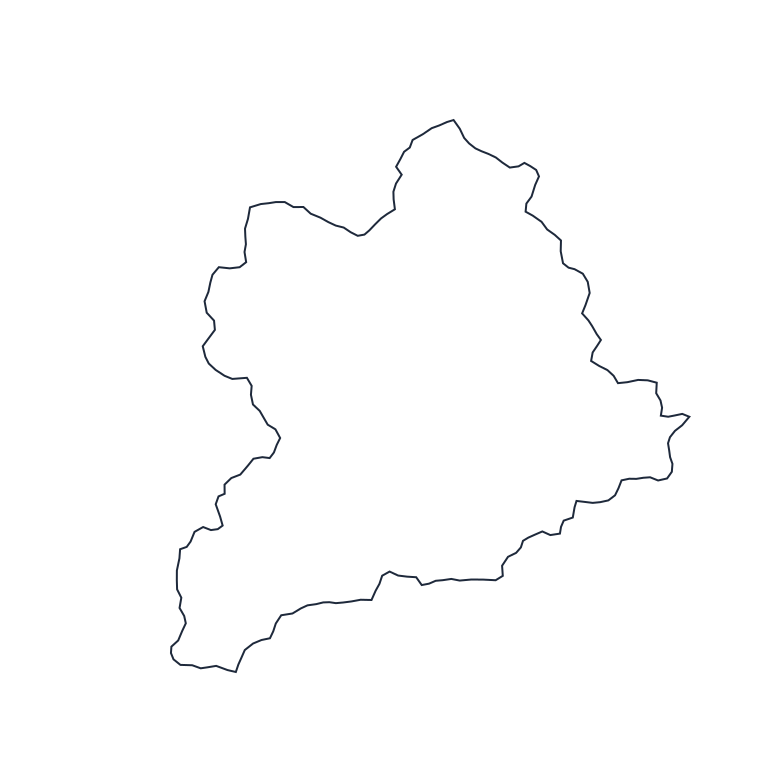 Rio Piracicaba, Minas Gerais, Brazil (orthographic projection), rotated 343°
{"feature_id": "56859067B90446172591220", "entity_name": "Rio Piracicaba", "entity_type": "district", "adm_level": 2, "iso_a3": "BRA", "parent_name": "Brazil", "parent_adm1": "Minas Gerais", "projection": "orthographic", "projection_center": [-43.151, -19.961], "detail": "fine", "context": "isolated", "style": "outline", "palette": "slate", "viewbox_px": 768, "rotation_deg": 343, "n_neighbors": 0, "source": "geoboundaries", "source_scale": "gbopen_adm2", "svg_char_len": 2998}
<svg xmlns="http://www.w3.org/2000/svg" viewBox="0 0 768 768"><g transform="rotate(343 384 384)"><path d="M666.4,504.6L660.5,499.8L652.8,499.1L646.2,498.4L639.5,495.2L643.0,488.0L643.6,480.6L641.6,472.4L645.2,462.5L637.3,457.6L628.2,454.4L617.2,453.4L608.0,451.6L606.0,443.3L601.7,436.0L595.1,429.7L588.8,422.5L592.8,414.8L599.0,409.8L604.3,405.3L602.0,398.5L600.0,389.6L598.1,383.0L594.1,374.4L599.8,367.4L607.3,357.1L608.7,345.9L606.4,336.7L599.8,329.9L594.5,326.7L590.5,320.9L591.8,308.7L595.2,298.5L590.9,291.3L585.2,283.9L582.1,275.0L575.5,266.5L569.8,260.6L572.9,253.1L579.9,247.9L586.8,237.8L592.9,230.8L592.1,223.8L587.6,218.4L582.9,213.6L576.3,215.2L567.6,213.8L561.9,206.8L557.2,200.1L551.0,194.4L545.3,189.9L540.3,185.4L535.7,178.8L532.6,172.1L531.1,162.1L527.7,151.9L520.7,151.9L512.4,152.9L504.4,153.3L494.1,156.5L482.7,159.0L477.8,165.4L471.1,167.8L465.5,173.6L459.1,179.8L462.1,189.0L454.1,195.8L449.2,202.9L447.2,210.2L445.5,220.1L436.6,222.4L429.6,224.8L422.2,228.7L414.9,232.8L409.0,235.4L402.2,234.6L396.5,229.1L391.2,222.6L384.2,218.4L378.0,212.8L371.9,206.4L363.7,199.7L358.7,191.2L349.1,188.3L342.3,181.0L333.8,178.4L326.7,177.4L318.8,175.9L307.5,175.9L302.2,186.3L296.5,194.8L294.5,202.5L292.8,210.0L289.2,217.0L287.8,227.2L280.1,230.1L270.3,228.3L260.2,224.0L251.9,229.4L247.6,236.2L243.0,244.6L236.6,252.4L235.3,264.0L240.0,273.7L238.1,282.8L229.4,289.2L221.7,294.9L221.1,305.8L222.4,313.2L227.1,321.3L233.9,329.5L240.4,334.8L254.7,338.0L256.9,347.1L253.6,355.4L252.7,365.3L257.3,373.4L259.3,382.1L260.9,388.9L266.9,395.6L268.9,405.3L263.6,410.9L258.7,417.3L253.0,421.4L246.3,418.4L237.3,417.3L230.1,422.2L220.1,428.6L210.5,429.3L202.1,433.6L199.5,442.4L192.9,443.1L187.9,449.8L188.5,462.9L188.3,472.2L182.6,474.2L175.8,473.1L169.2,467.9L159.6,470.0L153.0,478.1L147.7,482.1L140.7,482.4L137.4,490.9L131.4,501.8L128.5,511.1L126.1,519.9L127.7,529.1L123.0,538.4L125.1,547.4L124.5,554.9L118.8,561.2L112.2,569.1L103.9,573.0L101.6,579.0L102.2,585.8L107.2,593.1L118.4,596.9L125.6,602.3L132.2,603.3L141.1,604.5L150.7,611.8L158.1,616.1L162.7,609.7L167.6,604.1L173.1,597.7L182.9,593.9L192.0,593.0L200.6,593.8L205.8,588.1L210.5,581.4L218.1,575.1L229.4,576.7L238.8,574.3L246.1,573.3L254.8,574.7L262.0,575.1L268.0,576.7L273.9,579.5L281.0,581.0L289.2,582.4L298.6,583.5L308.9,586.9L315.6,579.2L321.2,573.8L326.2,566.8L334.5,565.0L341.5,571.3L349.8,575.0L358.3,578.2L361.3,587.3L368.7,588.1L375.9,587.3L382.9,588.8L391.4,590.1L398.9,594.1L410.3,596.5L421.5,600.0L433.4,604.3L441.5,602.2L443.8,592.3L452.1,585.5L461.0,584.1L467.1,580.3L471.1,574.6L477.1,573.1L484.3,572.2L492.3,571.3L498.9,577.1L508.5,578.5L511.5,572.4L515.9,567.2L525.5,566.9L530.2,557.6L533.9,552.1L541.6,555.5L548.8,558.7L556.2,560.2L564.5,560.9L572.4,558.0L577.7,552.3L583.0,545.6L590.8,546.3L597.6,548.5L604.6,549.5L611.2,551.0L617.9,556.4L627.1,557.1L633.6,552.1L636.5,544.7L636.2,537.6L637.3,530.9L638.3,523.7L641.9,518.5L648.5,513.9L657.1,510.6L666.4,504.6Z" fill="none" stroke="#1e293b" stroke-width="2"/></g></svg>